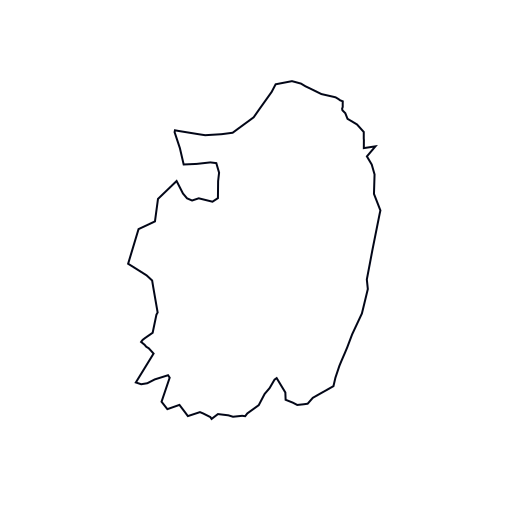 outline of Igbo-Eze North, Enugu, Nigeria, rotated 39°
{"feature_id": "59680162B31217574251855", "entity_name": "Igbo-Eze North", "entity_type": "district", "adm_level": 2, "iso_a3": "NGA", "parent_name": "Nigeria", "parent_adm1": "Enugu", "projection": "equal_earth", "projection_center": [7.451, 7.008], "detail": "fine", "context": "isolated", "style": "outline", "palette": "ink", "viewbox_px": 512, "rotation_deg": 39, "n_neighbors": 0, "source": "geoboundaries", "source_scale": "gbopen_adm2", "svg_char_len": 1618}
<svg xmlns="http://www.w3.org/2000/svg" viewBox="0 0 512 512"><g transform="rotate(39 256 256)"><path d="M398.1,308.4L394.3,300.6L389.9,288.8L388.4,283.7L386.0,275.1L384.4,269.6L380.0,256.3L374.5,234.1L372.2,229.2L363.7,211.3L356.9,204.5L349.6,190.9L342.6,177.9L325.5,145.3L324.0,142.3L308.6,133.5L296.8,118.0L288.4,112.1L279.5,108.8L279.8,95.6L271.9,104.3L266.8,97.9L265.9,97.0L261.7,91.8L251.7,90.2L240.8,91.8L235.5,88.8L231.7,88.4L231.2,88.2L230.2,87.3L229.6,85.6L227.4,82.9L226.1,81.2L223.2,82.1L221.6,82.1L218.0,82.6L215.9,83.6L204.9,89.0L191.3,92.1L187.6,93.0L182.5,93.7L177.0,96.1L173.9,97.5L163.2,110.2L164.9,118.6L165.6,129.9L166.2,139.7L166.9,149.7L162.0,168.3L160.3,174.9L152.6,183.0L140.5,194.1L135.4,197.1L117.4,207.4L115.4,208.5L113.9,209.3L114.8,211.0L129.0,220.1L142.2,230.4L151.9,221.8L161.6,212.0L166.7,208.8L174.9,214.5L179.4,221.6L190.0,235.0L188.0,241.2L175.2,247.2L171.4,253.1L166.1,254.6L159.9,253.4L147.1,247.7L143.9,273.3L155.7,292.7L147.8,309.0L161.5,342.5L183.2,339.9L190.7,340.4L195.3,344.5L215.1,361.8L215.5,364.2L224.0,380.7L221.5,389.2L220.7,392.5L220.8,395.1L225.3,395.1L227.8,395.6L230.7,395.2L232.7,395.5L237.8,396.3L242.2,429.9L247.5,427.9L251.6,423.3L255.0,415.6L262.7,404.0L265.5,404.9L274.3,428.7L283.5,430.8L290.2,419.9L299.6,422.2L303.8,423.3L310.7,412.6L314.1,411.6L321.9,409.9L324.0,410.6L325.9,402.8L334.8,397.2L339.3,395.4L345.8,388.9L348.4,387.3L348.3,383.8L352.0,370.2L349.5,357.7L349.7,350.1L348.2,340.4L348.9,337.9L364.7,343.6L369.5,349.1L376.9,346.8L381.8,345.8L386.3,341.3L389.1,338.3L389.4,330.4L398.1,308.4Z" fill="none" stroke="#020617" stroke-width="2"/></g></svg>